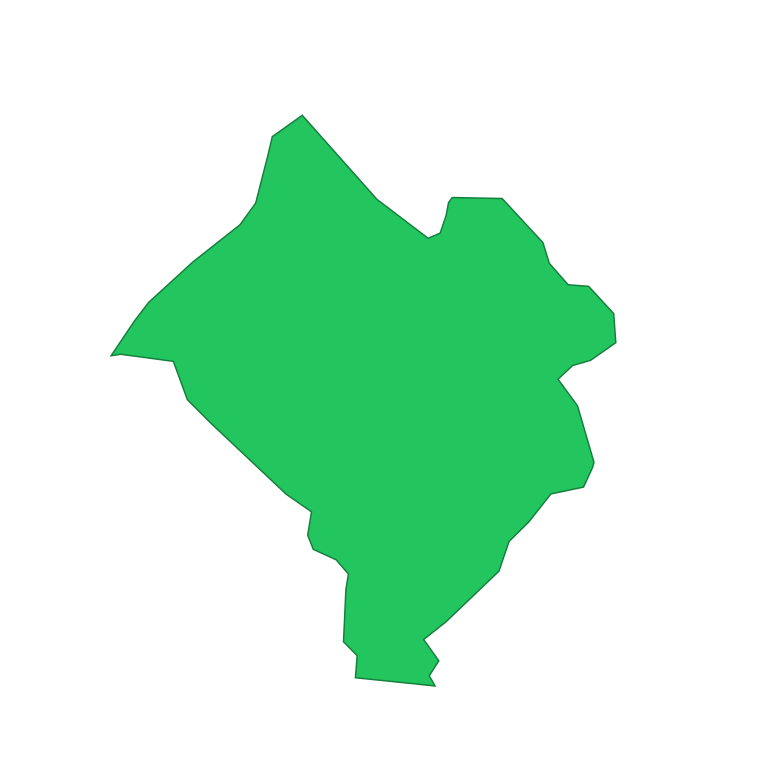 Kantché, Zinder, Niger, rotated 318°
{"feature_id": "23599985B81952569357883", "entity_name": "Kantché", "entity_type": "district", "adm_level": 2, "iso_a3": "NER", "parent_name": "Niger", "parent_adm1": "Zinder", "projection": "natural_earth1", "projection_center": [8.524, 13.426], "detail": "fine", "context": "isolated", "style": "filled", "palette": "green", "viewbox_px": 768, "rotation_deg": 318, "n_neighbors": 0, "source": "geoboundaries", "source_scale": "gbopen_adm2", "svg_char_len": 831}
<svg xmlns="http://www.w3.org/2000/svg" viewBox="0 0 768 768"><g transform="rotate(318 384 384)"><path d="M166.2,583.2L219.9,642.6L222.4,631.1L239.5,626.4L242.5,600.4L270.9,602.2L344.2,600.0L371.5,584.7L399.2,583.4L434.5,577.4L463.3,594.1L483.4,585.5L487.7,582.6L513.2,529.7L516.5,496.9L536.6,496.5L553.3,504.6L583.9,508.4L601.8,485.4L601.4,448.3L587.2,433.4L587.6,404.9L596.7,385.3L595.9,325.2L559.5,291.1L553.3,292.4L542.7,300.5L526.7,309.4L514.3,305.2L502.3,242.1L503.0,129.6L469.7,125.8L466.6,125.4L451.3,136.0L409.7,163.7L383.5,169.3L323.4,165.4L263.7,165.9L241.1,170.1L200.1,180.4L203.1,182.4L208.1,185.6L242.6,226.2L227.4,264.1L229.2,298.5L237.6,400.7L244.6,430.5L226.2,445.2L220.8,459.6L230.8,482.6L230.4,501.4L218.2,511.2L181.4,548.5L182.3,567.9L166.2,583.2Z" fill="#22c55e" stroke="#15803d" stroke-width="1.5"/></g></svg>